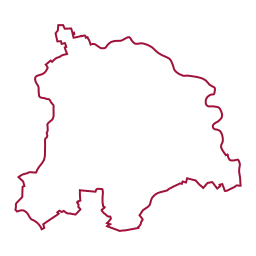 Binh Giang, Hải Dương, Vietnam (Mercator projection)
{"feature_id": "81297802B56696175700764", "entity_name": "Binh Giang", "entity_type": "district", "adm_level": 2, "iso_a3": "VNM", "parent_name": "Vietnam", "parent_adm1": "Hải Dương", "projection": "mercator", "projection_center": [106.189, 20.876], "detail": "fine", "context": "isolated", "style": "outline", "palette": "rose", "viewbox_px": 256, "rotation_deg": 0, "n_neighbors": 0, "source": "geoboundaries", "source_scale": "gbopen_adm2", "svg_char_len": 5697}
<svg xmlns="http://www.w3.org/2000/svg" viewBox="0 0 256 256"><path d="M41.6,229.2L44.2,228.0L43.9,226.5L43.2,224.3L48.4,220.7L56.2,215.5L58.7,213.7L57.3,212.4L58.4,211.4L59.4,210.7L61.0,211.6L61.9,212.0L63.7,210.9L66.1,212.7L66.9,213.1L68.3,213.5L69.9,213.5L73.8,214.3L75.6,214.5L79.9,209.9L80.4,209.3L79.2,207.8L78.3,206.9L78.3,206.5L78.6,204.9L78.1,204.1L77.6,203.3L77.2,202.5L77.9,202.3L77.8,201.4L78.7,201.2L80.4,200.6L80.1,198.3L79.9,194.0L79.9,190.2L82.2,190.5L92.1,191.4L95.5,191.7L96.1,189.9L96.7,189.2L97.7,188.8L98.9,188.8L102.3,189.2L102.6,190.0L102.8,191.3L102.9,192.4L102.8,194.7L102.6,196.2L102.5,200.5L102.6,202.7L103.1,206.0L103.2,206.4L104.3,207.0L104.7,207.3L104.1,208.0L101.8,209.8L101.6,210.1L101.7,210.5L103.4,212.7L104.5,213.6L105.3,214.2L107.8,216.4L110.3,216.6L110.9,218.6L110.3,219.5L108.4,221.8L107.0,223.1L110.1,224.2L108.2,225.3L107.2,225.9L107.0,226.2L117.0,229.9L118.6,230.5L119.4,230.9L124.3,230.4L125.2,230.4L133.8,228.8L138.5,227.9L138.3,227.0L138.7,226.8L140.2,224.9L140.7,224.1L141.1,222.2L141.5,221.4L142.7,219.6L142.4,219.0L141.4,217.6L139.5,215.3L140.2,214.3L142.9,210.2L147.7,207.0L148.4,206.4L149.4,205.3L150.0,204.3L150.7,201.5L151.6,198.8L152.2,197.7L153.3,196.4L155.4,194.4L156.5,193.8L157.7,193.1L159.4,192.5L162.6,191.6L164.3,191.2L167.6,190.3L168.0,189.6L168.4,189.2L174.2,186.2L176.0,185.4L180.1,183.4L181.1,183.6L181.9,183.8L182.3,182.3L182.7,181.5L184.8,182.2L186.0,182.5L187.1,178.3L193.8,180.0L195.6,180.4L198.3,183.4L199.3,184.5L202.4,187.1L203.2,188.0L204.6,186.4L206.7,183.9L207.4,183.1L208.7,182.7L212.3,182.1L217.2,188.5L220.2,186.1L219.6,184.8L220.8,184.4L222.3,184.1L223.4,186.9L224.8,190.9L225.8,190.9L226.9,190.7L227.5,190.5L228.7,189.8L233.1,187.7L234.8,186.8L235.0,186.6L235.9,185.8L236.4,185.5L237.7,185.4L238.8,185.7L240.6,185.7L240.4,183.1L240.3,180.9L240.1,178.8L240.1,177.8L239.3,173.0L239.1,170.8L239.3,168.3L239.9,164.7L239.7,163.3L238.7,160.6L238.4,160.1L237.8,159.7L237.2,159.7L234.1,160.4L232.0,160.5L230.9,160.4L230.3,160.2L229.6,159.8L229.1,159.1L228.2,157.2L227.7,154.7L227.2,154.5L225.8,155.2L222.6,150.5L221.6,148.6L221.1,147.3L221.2,145.1L222.6,142.0L222.8,140.7L222.8,138.3L222.3,135.8L221.9,134.3L220.8,132.0L220.1,131.1L219.3,130.5L218.0,129.9L216.5,129.5L214.9,129.3L214.1,128.9L213.3,128.0L212.9,127.0L212.8,126.0L213.0,125.3L213.4,124.5L214.2,123.8L215.5,122.8L217.9,121.6L220.3,119.4L221.6,117.7L221.8,116.9L222.0,115.9L222.1,114.3L221.3,111.7L220.2,109.3L219.3,108.0L218.2,107.3L216.8,106.9L213.5,106.4L212.2,106.3L210.8,106.4L208.7,106.4L208.0,106.2L206.7,105.3L206.4,104.9L206.1,104.3L205.8,103.4L205.7,102.0L205.7,101.0L205.9,100.1L206.0,99.4L206.5,98.4L207.2,97.2L207.9,96.5L208.8,95.8L209.9,95.1L210.8,94.7L211.8,94.5L213.5,94.4L213.9,94.2L214.3,93.6L214.9,90.2L214.9,88.4L214.7,87.9L214.2,87.3L213.5,86.9L212.5,86.5L211.4,85.8L210.3,85.1L209.4,84.6L208.2,83.1L206.0,80.7L205.4,80.2L203.0,78.8L201.9,78.3L200.9,78.0L197.5,77.1L195.2,76.7L188.6,75.7L187.2,75.6L184.6,75.8L183.4,75.8L180.1,74.5L179.0,73.9L177.6,73.0L176.3,72.0L175.2,70.9L174.6,70.1L174.3,69.6L174.0,68.8L172.7,64.7L171.2,61.2L170.8,60.4L170.2,59.6L169.6,59.0L168.9,58.4L167.8,57.8L166.6,57.2L162.1,55.2L159.1,53.5L157.7,52.5L156.5,51.4L155.5,50.6L153.6,48.7L152.7,47.9L151.8,47.2L150.3,46.3L147.6,44.9L145.2,44.1L143.9,43.7L142.6,43.4L141.6,43.3L139.8,43.4L138.5,43.7L137.2,43.8L136.0,43.8L135.1,43.6L134.3,43.2L133.1,42.1L132.0,40.9L131.4,40.0L131.1,39.3L130.4,38.3L129.8,37.7L129.2,37.2L128.7,37.2L128.1,37.2L127.3,37.5L125.0,38.7L122.8,39.9L121.7,40.4L120.6,40.8L115.8,40.9L114.8,41.0L113.5,41.3L111.3,41.9L110.2,42.6L109.1,43.4L108.4,44.1L107.4,45.1L106.2,46.9L105.7,47.5L105.3,47.8L104.7,48.1L102.5,48.3L101.5,48.2L100.4,47.9L99.0,47.0L95.6,44.6L94.6,44.1L92.8,44.0L92.0,44.1L91.4,44.3L90.6,44.6L89.7,41.8L89.4,40.9L89.1,40.1L88.7,39.7L87.6,37.5L87.5,37.2L85.8,37.7L85.5,36.3L85.1,35.7L84.8,35.5L83.8,35.6L81.7,36.2L81.5,35.9L79.4,36.5L77.0,37.1L73.6,37.7L72.8,34.5L74.3,34.1L74.0,32.6L72.5,33.0L71.9,30.8L71.2,28.5L64.7,28.7L63.1,25.1L58.3,25.1L57.8,30.5L55.6,33.3L56.3,36.7L57.4,41.4L60.9,41.2L61.6,43.6L61.7,43.9L64.9,43.1L65.9,45.6L66.3,46.9L64.8,47.4L65.3,49.3L65.9,51.0L67.1,54.0L66.1,54.3L64.7,54.5L63.3,54.9L62.0,55.4L60.7,56.1L59.8,56.8L59.1,57.1L57.1,57.7L56.2,58.2L55.2,58.9L54.0,59.9L52.1,61.8L50.6,60.6L49.1,61.8L46.5,64.1L45.8,64.6L46.3,65.3L47.7,67.6L47.3,68.6L46.0,70.9L45.3,71.9L44.6,72.6L42.8,73.9L40.4,74.8L37.3,75.7L36.3,76.3L35.6,77.0L35.3,77.7L35.1,78.3L35.1,79.4L35.5,81.3L35.8,82.1L36.5,83.4L37.2,84.5L38.3,86.3L38.5,87.2L38.6,88.2L38.7,92.2L39.1,96.0L39.6,96.6L40.2,97.3L40.9,97.6L45.0,98.3L46.2,98.8L47.4,99.1L48.3,99.1L49.3,99.4L49.9,100.2L51.2,102.6L52.8,104.4L53.5,105.3L53.6,106.2L53.5,109.1L53.6,111.2L53.6,113.7L53.6,115.9L53.2,117.6L52.6,119.1L51.4,120.4L49.9,121.5L47.9,123.4L47.3,124.7L47.6,126.7L47.7,130.4L47.4,131.4L47.0,132.3L46.7,133.0L46.9,134.0L47.1,134.7L47.3,135.6L47.2,136.3L46.9,137.1L46.4,137.6L45.8,138.2L45.3,138.7L45.1,139.5L45.0,140.6L45.1,144.7L45.0,150.7L45.0,152.7L44.9,154.6L44.9,156.1L44.0,159.9L42.8,161.9L42.1,163.1L39.6,166.2L37.8,168.8L37.2,169.9L36.1,172.5L35.3,172.6L31.9,172.3L30.3,172.2L29.1,172.3L28.5,172.5L28.0,172.9L27.0,173.3L23.4,174.2L22.0,174.8L19.8,176.1L18.5,177.1L21.6,180.1L22.5,180.8L23.2,181.6L24.4,186.1L22.7,186.7L22.5,188.1L22.3,196.4L22.2,197.1L16.6,202.9L16.0,203.8L15.9,204.4L15.9,207.4L15.6,208.9L15.4,209.8L15.7,210.2L16.9,211.1L17.1,211.5L19.3,210.8L20.3,210.5L21.9,210.3L22.5,210.3L23.2,210.4L24.2,210.8L25.1,211.3L25.9,211.9L26.6,212.5L27.3,213.3L28.1,214.4L29.3,216.6L30.7,218.7L31.4,219.3L32.1,219.7L33.1,220.1L34.6,220.9L36.4,222.1L37.2,222.8L38.7,224.3L40.7,227.0L41.1,227.8L41.6,229.2Z" fill="none" stroke="#9f1239" stroke-width="2"/></svg>